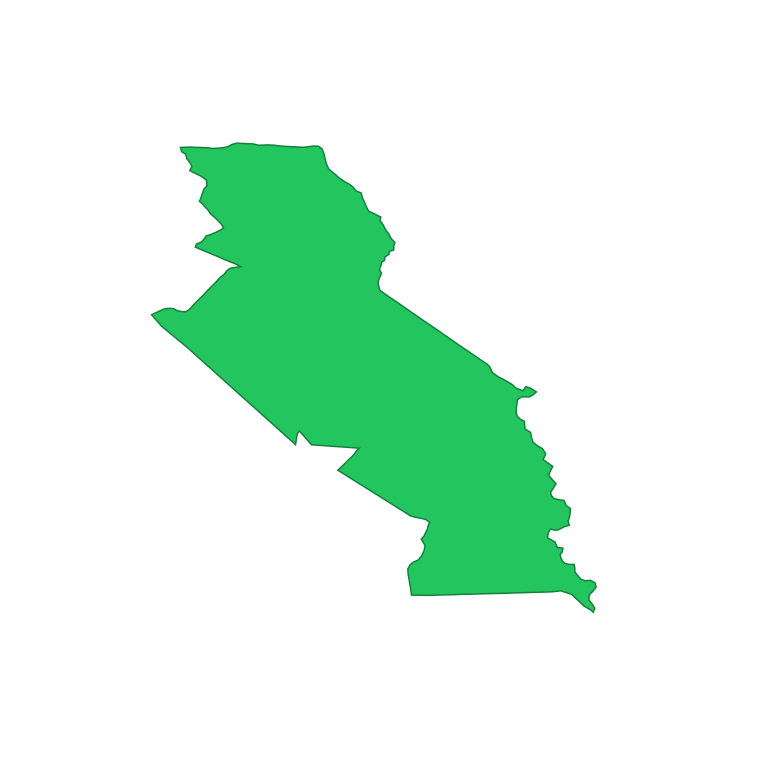 outline of Cascavel, Ceará, Brazil, rotated 305°
{"feature_id": "56859067B6895009837112", "entity_name": "Cascavel", "entity_type": "district", "adm_level": 2, "iso_a3": "BRA", "parent_name": "Brazil", "parent_adm1": "Ceará", "projection": "natural_earth1", "projection_center": [-38.279, -4.254], "detail": "fine", "context": "isolated", "style": "filled", "palette": "green", "viewbox_px": 768, "rotation_deg": 305, "n_neighbors": 0, "source": "geoboundaries", "source_scale": "gbopen_adm2", "svg_char_len": 3619}
<svg xmlns="http://www.w3.org/2000/svg" viewBox="0 0 768 768"><g transform="rotate(305 384 384)"><path d="M447.4,102.5L449.3,115.1L449.2,121.5L444.6,125.4L440.8,124.7L437.7,125.4L433.8,126.5L430.8,127.5L427.8,127.9L427.4,131.9L426.4,135.9L425.6,140.0L423.9,144.4L423.4,149.4L421.6,159.3L419.6,163.1L415.8,161.4L411.5,159.1L406.2,155.7L403.4,153.4L399.8,153.5L395.3,152.9L391.0,150.1L387.9,150.9L389.0,156.5L391.4,167.2L393.0,174.4L394.6,182.5L396.1,189.1L397.1,193.0L398.0,199.3L394.1,195.2L390.7,191.7L386.9,190.3L382.0,190.1L377.5,188.7L373.0,188.1L369.1,187.6L362.3,186.3L352.7,184.9L347.9,184.0L342.9,183.1L338.5,182.4L333.1,181.7L329.4,180.2L327.2,176.5L325.4,172.5L325.1,168.5L322.4,164.1L319.3,160.8L315.7,158.7L307.4,153.9L303.7,168.7L300.9,204.3L300.2,209.3L295.1,251.0L289.2,299.8L283.6,346.3L293.0,341.7L297.1,341.6L292.6,359.5L317.3,400.6L313.4,399.7L309.9,400.0L286.9,395.7L290.1,459.2L291.2,481.5L293.2,487.1L295.0,490.8L297.0,495.9L296.8,500.9L293.7,501.2L289.7,502.9L286.2,503.3L282.6,504.0L278.3,503.5L276.8,506.9L275.2,510.2L270.9,512.3L264.4,513.5L259.1,512.8L254.7,510.1L250.8,509.1L246.3,509.5L242.1,512.8L238.3,516.6L232.2,522.6L226.8,527.6L237.2,542.9L240.3,547.0L243.9,551.7L249.7,559.7L256.1,568.1L259.3,572.5L268.2,584.4L276.2,595.3L283.1,604.7L288.1,611.2L293.9,619.1L297.3,623.6L303.4,631.8L307.3,637.1L311.3,642.2L315.8,647.2L317.5,652.3L319.3,658.5L317.8,668.6L316.8,675.3L317.4,682.0L317.1,686.4L321.3,685.2L323.1,680.8L324.7,675.8L328.8,673.1L333.8,674.0L339.3,674.3L342.1,670.9L341.7,665.9L338.1,661.5L337.0,657.1L338.0,653.3L339.5,648.2L342.4,646.2L345.3,643.2L342.4,639.1L340.9,635.6L341.1,631.9L343.1,628.5L345.4,626.2L348.7,626.3L352.1,624.8L349.6,619.7L352.7,614.6L352.2,610.4L351.8,606.2L354.5,604.7L357.5,603.8L360.8,603.6L362.1,607.7L364.4,610.4L370.5,613.5L374.5,616.9L377.5,613.3L381.1,612.4L384.1,611.0L388.9,608.2L388.9,603.2L391.9,598.3L389.6,593.8L387.6,589.0L388.7,584.8L391.2,582.5L395.2,582.5L401.0,582.1L402.4,576.0L403.7,571.2L406.9,570.4L413.3,569.5L413.3,565.1L413.3,557.8L419.6,556.5L422.0,550.8L421.3,545.3L421.9,539.3L424.9,535.4L428.4,531.8L428.1,525.5L431.4,522.4L434.0,520.5L433.4,516.1L433.9,511.9L436.0,509.0L440.0,506.3L447.7,502.3L452.2,504.0L454.8,507.5L457.0,510.7L460.7,512.3L464.9,513.4L464.6,506.5L463.2,501.7L458.3,501.8L457.3,498.3L456.3,494.3L457.1,489.5L456.6,482.6L456.0,477.0L455.4,473.3L455.5,466.3L458.5,461.2L459.4,457.5L459.3,452.9L459.2,448.4L459.2,444.3L459.1,439.7L459.1,435.9L459.0,432.0L459.0,427.3L458.9,422.3L458.9,415.2L458.9,409.3L458.8,404.9L458.8,400.3L458.8,395.3L458.8,390.5L458.7,385.9L458.6,380.9L458.6,376.0L458.5,364.8L458.5,358.2L458.5,353.6L458.5,346.7L458.3,340.4L458.3,336.1L458.3,332.5L458.5,326.6L463.2,321.2L467.7,319.5L473.2,318.5L475.2,314.5L478.8,313.7L482.6,312.2L485.5,313.5L488.7,311.9L492.9,313.7L495.8,312.4L499.2,315.1L502.8,312.8L506.2,311.8L507.2,306.4L509.7,301.7L511.3,296.7L513.8,292.3L515.7,286.8L518.9,285.8L517.9,278.9L516.8,272.3L519.1,267.7L522.1,263.2L523.9,260.0L527.4,255.7L526.2,250.2L527.5,245.8L527.8,240.7L527.2,236.4L527.1,231.6L527.2,228.0L527.7,224.2L528.0,219.8L528.4,215.7L530.0,212.5L532.5,209.1L538.1,202.8L541.2,198.1L541.0,193.7L538.5,189.7L535.5,186.5L533.2,184.0L530.7,180.9L529.0,177.9L527.1,174.9L524.6,170.9L521.3,165.6L518.6,161.0L516.8,157.4L513.2,151.7L507.6,144.2L505.4,138.6L503.1,135.3L500.8,131.5L498.9,128.6L497.0,125.4L493.1,122.1L488.7,119.9L486.1,117.5L483.0,114.1L478.8,108.7L475.6,102.8L472.3,97.7L469.4,93.4L466.9,89.3L461.1,81.6L458.2,85.0L458.5,89.8L455.5,93.1L454.0,98.1L452.0,101.9L447.4,102.5Z" fill="#22c55e" stroke="#15803d" stroke-width="1.5"/></g></svg>